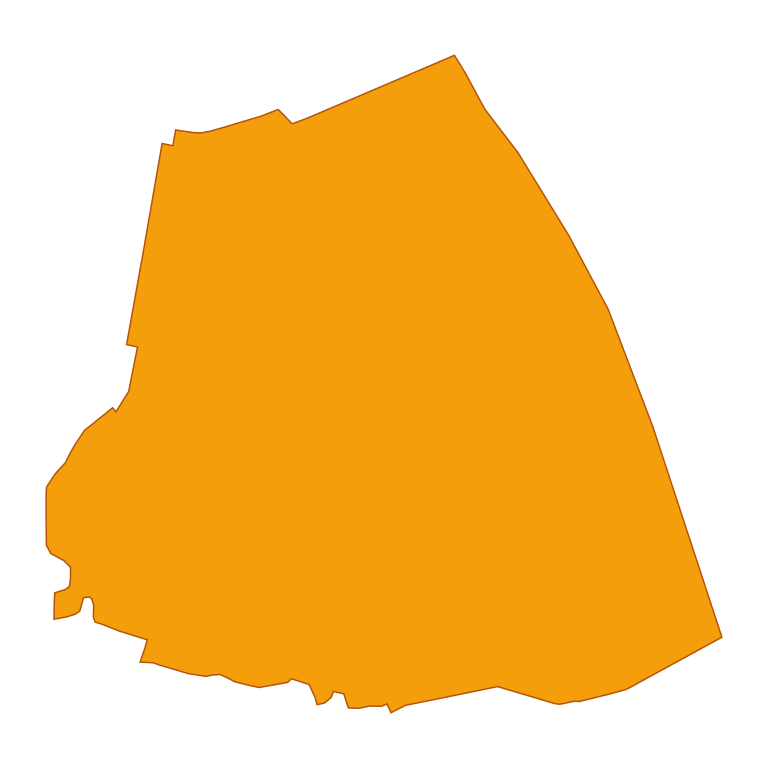 the district of Hoan Kiem, Ha Noi, Vietnam
{"feature_id": "81297802B21956500009646", "entity_name": "Hoan Kiem", "entity_type": "district", "adm_level": 2, "iso_a3": "VNM", "parent_name": "Vietnam", "parent_adm1": "Ha Noi", "projection": "mercator", "projection_center": [105.85, 21.03], "detail": "fine", "context": "isolated", "style": "filled", "palette": "amber", "viewbox_px": 768, "rotation_deg": 0, "n_neighbors": 0, "source": "geoboundaries", "source_scale": "gbopen_adm2", "svg_char_len": 1601}
<svg xmlns="http://www.w3.org/2000/svg" viewBox="0 0 768 768"><path d="M75.0,444.6L70.4,452.7L65.3,462.8L55.0,474.1L46.5,487.1L46.1,496.1L46.1,517.3L46.4,545.4L50.8,553.5L63.8,560.6L69.1,565.9L70.5,567.4L70.5,578.8L69.4,586.5L65.0,589.6L54.7,592.8L54.2,604.9L54.0,619.2L66.8,616.9L75.4,614.1L79.9,610.9L83.5,597.7L89.7,597.1L91.9,599.3L93.7,605.2L93.3,617.1L95.1,622.1L102.4,624.4L105.7,625.7L108.5,626.8L119.6,631.2L147.3,639.8L144.7,648.7L140.1,662.1L153.4,662.8L159.3,665.0L188.7,673.7L206.4,676.4L212.3,675.0L220.0,674.5L228.1,678.2L234.9,681.8L247.6,685.0L258.6,687.4L259.1,687.5L287.7,682.4L291.4,678.7L309.1,684.5L314.9,697.0L317.1,704.7L324.8,702.9L331.2,697.4L333.4,691.5L343.8,693.8L348.4,707.9L358.8,708.3L369.7,706.0L381.2,706.3L387.1,704.0L391.0,712.7L394.9,710.7L395.6,710.3L405.6,705.3L429.9,700.4L445.3,697.3L445.9,697.2L447.8,696.8L497.5,686.6L517.5,692.5L530.9,696.5L536.9,698.3L554.4,703.5L558.6,704.2L561.9,703.9L574.4,701.2L579.6,701.5L580.8,701.2L582.3,700.7L584.4,700.2L593.3,698.1L600.7,696.2L602.4,695.8L604.5,695.3L606.7,694.8L609.0,694.2L626.6,689.3L721.9,637.2L652.9,426.9L608.1,309.1L598.1,290.4L568.5,235.0L518.2,153.0L484.9,109.3L465.2,72.8L454.4,55.3L306.3,118.6L292.1,123.8L284.0,115.3L280.5,111.8L278.1,109.5L261.0,116.2L244.1,121.2L232.3,124.8L224.6,127.1L219.3,128.6L209.4,131.4L201.1,132.9L199.2,132.8L194.3,132.7L179.8,130.6L179.2,130.6L175.7,129.9L174.6,135.7L172.9,145.7L162.1,143.5L142.0,259.2L141.8,260.3L141.4,262.2L126.6,344.5L137.5,347.0L128.7,391.4L115.9,411.9L112.6,407.8L84.4,430.5L75.0,444.6Z" fill="#f59e0b" stroke="#b45309" stroke-width="1.5"/></svg>